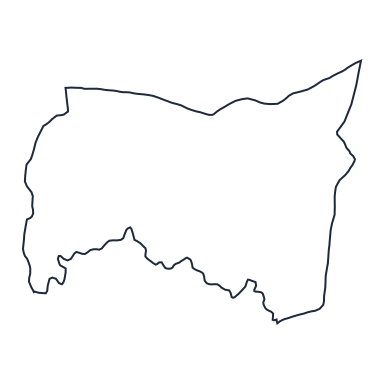 outline of Kaoh Soutin, Kâmpóng Cham, Cambodia
{"feature_id": "14789045B43431030516804", "entity_name": "Kaoh Soutin", "entity_type": "district", "adm_level": 2, "iso_a3": "KHM", "parent_name": "Cambodia", "parent_adm1": "Kâmpóng Cham", "projection": "equal_earth", "projection_center": [105.361, 11.887], "detail": "fine", "context": "isolated", "style": "outline", "palette": "slate", "viewbox_px": 384, "rotation_deg": 0, "n_neighbors": 0, "source": "geoboundaries", "source_scale": "gbopen_adm2", "svg_char_len": 3811}
<svg xmlns="http://www.w3.org/2000/svg" viewBox="0 0 384 384"><path d="M155.8,96.8L153.1,95.9L148.5,95.0L143.8,94.4L140.3,94.1L137.0,93.8L133.2,93.2L129.6,92.4L126.5,92.2L123.1,92.2L119.5,91.7L116.6,91.0L113.6,90.6L109.6,90.3L105.7,90.0L100.5,89.1L96.6,88.7L84.3,88.8L81.3,87.9L76.6,87.8L71.7,87.6L65.5,87.9L65.9,90.8L66.4,96.3L67.3,104.0L67.8,107.8L68.0,111.5L65.8,113.1L63.8,114.6L60.9,115.2L56.7,115.6L52.4,118.9L48.9,122.3L46.0,124.5L43.4,126.0L37.8,137.1L35.5,142.9L34.1,148.7L32.4,154.7L30.8,159.2L27.5,163.3L26.5,164.8L25.9,169.4L25.2,176.0L24.9,181.4L26.8,186.1L29.7,189.9L31.6,192.4L32.8,196.2L32.5,200.6L32.2,206.2L33.0,209.7L33.2,213.5L31.9,216.4L30.3,218.0L26.9,219.5L25.9,225.0L24.3,234.3L24.0,239.3L23.4,244.8L23.0,248.6L23.6,252.3L24.9,256.0L26.9,258.4L28.0,260.8L29.7,265.6L30.3,268.8L30.2,273.8L29.2,277.8L29.0,281.6L29.7,283.4L31.4,287.5L33.3,290.6L33.8,292.1L34.8,291.6L38.3,292.7L42.9,293.1L45.8,293.3L47.3,290.6L47.7,285.9L49.5,278.9L52.2,277.6L55.9,278.7L59.0,283.1L61.9,284.3L63.3,282.5L64.4,279.6L65.6,272.8L65.7,268.5L62.2,266.4L60.5,265.6L59.6,264.4L59.0,262.4L57.9,259.1L58.7,256.1L60.6,256.0L63.8,258.9L67.6,260.4L70.7,259.0L72.1,257.1L74.3,253.5L76.4,252.0L78.7,252.6L82.1,253.8L85.0,254.0L88.1,251.9L90.3,250.1L93.3,249.3L96.4,249.2L99.2,249.7L101.8,248.4L104.0,245.7L107.4,242.1L109.4,240.7L113.1,240.3L116.7,240.4L120.7,239.9L123.3,238.2L124.4,234.8L126.5,229.7L128.3,228.1L130.2,227.4L131.4,228.9L132.8,233.4L134.5,239.9L136.9,241.0L140.3,243.2L143.0,245.9L145.5,248.3L146.0,250.9L145.4,254.6L145.4,256.5L147.0,258.3L148.6,259.7L150.6,261.1L153.3,263.2L155.6,264.6L156.9,264.2L159.2,262.4L161.6,262.3L163.3,265.1L165.4,268.1L167.7,268.7L170.8,268.6L172.5,267.6L173.8,265.3L175.8,263.8L178.5,262.9L179.6,262.4L180.9,261.3L184.0,259.4L186.2,257.9L187.0,257.7L190.0,259.3L191.0,260.7L192.0,264.0L192.6,267.7L194.7,269.2L197.1,270.4L199.7,271.3L202.4,272.8L203.4,274.1L204.1,276.5L204.7,280.7L205.7,281.9L206.7,283.2L208.9,284.1L211.4,284.4L214.8,284.2L217.3,284.3L219.4,285.6L221.7,287.7L225.1,289.7L229.2,290.4L230.6,292.9L231.7,297.1L233.0,297.8L234.9,297.0L238.3,294.1L241.9,290.4L245.3,286.6L247.0,281.5L248.0,279.6L249.9,280.0L252.1,280.9L254.6,281.8L255.5,282.0L256.1,285.8L254.3,289.7L254.2,290.9L255.4,291.6L257.4,291.7L259.9,292.0L261.3,292.4L262.1,292.9L262.9,294.0L263.4,295.5L264.0,297.4L264.4,299.3L263.3,302.3L263.5,304.2L264.3,306.0L265.6,308.5L267.3,309.9L271.1,311.7L273.1,313.5L273.0,316.1L272.7,319.8L274.0,320.3L276.5,319.5L276.9,321.9L277.3,323.3L278.4,322.5L279.6,321.5L282.4,320.0L284.5,319.1L287.9,318.2L293.3,316.4L299.1,314.7L303.8,313.6L307.6,312.3L311.2,311.4L315.0,310.8L319.7,308.8L323.3,304.8L324.0,300.7L324.1,296.0L325.3,287.4L325.6,279.0L325.7,276.0L326.9,268.7L327.9,263.1L328.8,249.9L329.4,245.1L329.8,240.0L330.7,229.9L332.1,223.1L334.6,214.8L334.8,206.6L334.7,200.5L334.7,196.1L335.1,192.0L335.9,186.9L337.8,183.3L339.6,180.2L342.3,177.7L345.0,175.3L348.5,171.2L350.3,168.0L352.5,164.9L354.4,161.3L354.9,159.1L353.1,156.0L351.8,154.8L350.4,153.6L349.4,151.1L347.2,148.7L346.4,147.7L345.1,144.4L343.9,141.8L341.3,139.0L339.3,136.7L337.3,134.6L337.0,131.8L344.4,121.7L351.4,104.2L356.3,85.1L358.6,72.6L361.0,60.7L358.6,61.7L356.0,62.8L352.0,65.1L348.0,67.5L344.8,69.9L341.5,71.7L337.1,73.7L333.0,75.8L329.3,78.1L325.8,79.2L322.7,80.4L319.3,82.6L314.6,85.8L307.8,89.5L300.4,91.6L293.0,93.4L289.1,95.6L286.2,98.3L282.8,100.9L277.6,103.8L269.9,104.1L264.3,103.6L260.2,102.5L258.6,101.8L255.0,100.3L247.7,98.4L242.2,99.1L235.4,100.9L229.9,103.7L225.2,106.5L220.6,109.1L217.0,111.5L213.8,114.2L212.2,114.9L208.9,114.9L203.5,113.3L200.2,112.2L196.3,111.4L191.7,110.0L188.0,108.7L184.8,107.2L181.3,105.4L176.6,104.0L175.4,103.7L173.7,103.3L171.0,102.5L166.8,100.9L163.0,99.5L158.8,97.8L155.8,96.8Z" fill="none" stroke="#1e293b" stroke-width="2"/></svg>